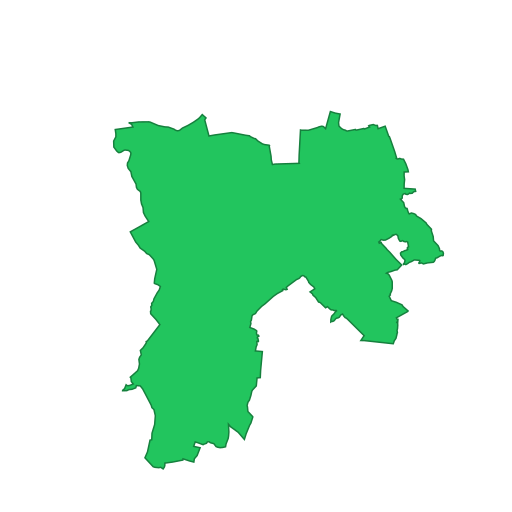 the district of Benesat, Salaj, Romania, rotated 249°
{"feature_id": "2599482B99143451479109", "entity_name": "Benesat", "entity_type": "district", "adm_level": 2, "iso_a3": "ROU", "parent_name": "Romania", "parent_adm1": "Salaj", "projection": "mercator", "projection_center": [23.261, 47.406], "detail": "fine", "context": "isolated", "style": "filled", "palette": "green", "viewbox_px": 512, "rotation_deg": 249, "n_neighbors": 0, "source": "geoboundaries", "source_scale": "gbopen_adm2", "svg_char_len": 6107}
<svg xmlns="http://www.w3.org/2000/svg" viewBox="0 0 512 512"><g transform="rotate(249 256 256)"><path d="M150.2,378.3L156.1,375.2L158.1,374.8L162.5,370.4L165.8,366.3L170.7,365.9L171.5,367.5L172.2,367.4L174.8,370.1L176.9,371.6L183.0,373.9L184.5,374.1L190.4,373.5L192.0,372.9L193.2,371.6L193.5,373.6L193.1,376.2L193.0,380.7L192.5,382.9L195.4,388.8L202.4,385.6L211.6,382.2L215.1,380.6L216.4,380.3L222.6,377.7L223.8,377.7L224.0,377.6L223.7,376.6L223.7,375.7L225.1,375.6L225.3,376.6L226.5,378.7L226.1,379.4L225.2,380.4L224.5,382.5L224.9,386.4L225.5,389.2L225.8,390.1L226.5,390.7L226.5,391.6L226.1,391.6L226.2,394.0L226.0,394.7L224.1,395.7L221.3,395.2L218.4,395.6L217.8,396.4L217.8,398.4L216.5,399.3L215.6,400.8L215.6,401.7L214.7,402.6L210.2,401.8L209.9,401.7L209.9,401.1L209.4,400.2L207.8,400.0L208.0,399.5L207.4,399.0L207.7,396.8L207.4,394.7L207.7,393.6L206.9,391.9L205.0,391.5L201.3,392.5L199.5,393.5L198.4,393.5L196.4,392.1L195.7,390.8L195.2,390.8L195.3,391.9L194.4,392.6L194.3,393.0L194.6,395.0L195.1,396.7L195.1,399.0L195.6,402.4L193.4,407.0L193.1,407.3L192.2,406.8L191.1,405.5L190.8,405.5L190.7,406.1L190.4,406.2L190.4,407.8L188.6,409.5L188.1,413.7L186.6,419.2L187.0,420.4L187.9,421.5L189.6,422.9L189.4,424.3L190.0,427.7L189.9,430.0L189.4,430.3L189.4,430.9L191.3,431.9L192.8,432.0L193.6,431.7L194.3,430.9L194.5,429.9L195.3,429.4L197.1,429.9L200.4,429.7L206.5,427.2L210.7,428.4L216.6,428.7L218.1,429.4L224.4,426.8L225.8,426.7L231.5,423.6L235.8,420.2L237.5,419.9L239.0,418.5L240.5,416.4L240.3,414.2L240.7,413.9L243.6,413.8L245.9,414.1L246.5,413.9L246.7,413.1L247.6,412.6L249.0,412.4L252.9,413.0L257.3,411.2L257.3,412.5L257.7,413.3L259.6,414.0L260.8,415.2L261.0,415.9L260.9,417.6L260.1,417.9L259.2,419.2L259.2,420.3L259.7,421.8L259.2,422.2L258.6,424.3L259.5,426.3L259.1,428.2L261.4,428.6L266.1,418.5L270.3,420.2L274.0,422.1L277.8,423.0L281.3,424.4L280.0,428.4L282.3,428.8L288.5,428.9L293.5,428.4L294.4,426.5L295.6,425.2L295.7,423.2L296.2,422.4L297.0,421.9L297.2,422.4L303.8,422.9L317.0,423.3L319.6,423.3L320.0,422.8L330.9,423.1L331.1,415.6L334.4,416.1L335.1,414.3L336.7,412.6L337.3,408.5L337.2,407.9L335.7,408.3L335.7,402.7L336.4,402.4L337.6,394.5L338.5,394.2L339.9,386.1L340.6,385.0L341.2,384.8L342.7,382.8L344.3,381.5L347.3,380.1L348.0,380.1L351.0,380.9L358.4,385.4L361.0,381.2L364.2,377.2L349.9,366.6L352.6,365.4L353.6,364.0L354.0,361.2L353.9,359.5L354.6,350.0L357.1,343.6L357.7,342.7L334.9,332.5L327.7,329.5L327.0,329.6L335.0,306.7L335.5,304.1L340.2,304.7L343.8,305.8L353.7,307.7L354.3,308.2L354.7,308.0L356.9,304.0L358.4,302.1L362.8,298.9L365.7,297.6L366.2,296.6L369.7,293.3L370.5,293.1L372.5,289.5L378.6,279.8L379.9,277.6L383.9,260.4L384.9,255.1L401.5,256.9L402.8,258.8L407.3,256.5L405.3,252.8L404.6,250.8L403.3,245.5L402.3,239.4L401.8,233.2L400.7,229.7L400.8,228.5L401.0,227.6L402.2,226.0L403.8,224.9L407.8,220.3L409.2,217.2L412.8,211.5L419.0,205.1L419.7,203.9L423.2,194.5L425.0,187.3L426.1,184.9L423.4,187.1L420.5,187.3L424.5,169.9L420.4,169.0L417.5,167.9L414.3,164.3L408.6,162.3L403.9,163.6L401.8,164.7L401.4,165.9L401.3,167.0L402.0,170.7L401.9,171.7L400.3,174.7L399.1,175.6L397.7,176.1L396.4,175.9L395.1,175.1L390.4,171.4L388.9,169.4L386.7,168.3L383.6,168.1L379.5,169.4L374.8,168.6L366.1,169.8L363.0,169.0L360.8,169.2L357.7,171.1L356.0,171.0L349.4,168.5L345.6,167.8L341.7,167.9L336.9,166.5L333.1,166.8L326.6,168.2L323.6,147.3L312.2,148.7L308.1,150.1L304.9,150.7L300.3,153.8L297.5,154.8L295.4,156.9L290.1,159.0L288.4,159.3L279.1,158.6L271.1,153.3L267.1,151.3L266.4,151.7L264.3,154.2L261.8,155.8L258.9,153.4L257.1,150.7L252.6,145.4L250.4,143.9L249.2,141.6L247.3,141.1L246.2,139.5L244.4,139.2L242.7,138.5L242.2,137.7L239.8,137.0L232.5,139.9L226.4,141.7L215.6,124.1L215.5,122.8L214.2,122.5L210.8,117.7L209.3,114.2L204.8,113.5L203.2,111.1L201.4,109.6L196.9,108.5L193.2,106.2L191.3,104.3L187.9,95.2L186.9,95.5L183.4,94.6L180.5,95.6L180.4,92.0L180.8,89.9L181.5,89.0L182.3,88.6L179.3,85.8L178.4,83.4L178.0,83.2L176.6,87.1L176.8,89.5L176.0,92.4L176.0,96.5L177.9,97.9L176.2,101.4L172.4,102.6L154.4,104.7L151.7,104.5L149.3,105.7L143.0,104.8L135.0,101.0L127.8,95.4L121.8,92.8L122.1,91.1L112.0,84.5L107.4,80.0L96.1,84.5L94.9,86.0L93.2,89.4L92.9,91.3L90.5,93.0L91.8,94.8L92.9,95.7L95.3,96.7L93.5,104.4L91.7,114.6L92.8,115.2L88.4,120.6L85.9,124.1L88.8,125.8L90.8,129.5L97.0,135.1L100.6,129.6L104.2,132.6L102.6,134.7L98.8,139.0L99.0,139.9L98.9,142.7L99.8,143.8L99.8,144.5L99.3,145.8L98.1,146.4L95.9,149.4L92.4,150.4L91.2,151.7L89.9,153.8L89.2,156.3L88.8,159.2L91.3,160.7L95.6,164.6L97.8,165.9L101.4,167.6L108.8,170.0L105.8,171.0L97.8,176.2L88.9,179.4L93.6,183.1L100.4,189.5L101.8,191.3L106.8,195.3L107.2,195.4L113.7,192.7L118.3,194.0L119.4,194.0L122.3,196.0L123.8,198.2L127.7,201.3L131.2,203.6L132.1,204.6L134.6,209.7L141.8,213.3L140.9,216.4L147.5,219.3L164.5,227.7L167.6,221.4L171.2,223.6L172.8,225.2L175.9,226.1L176.0,226.6L175.3,227.4L175.6,227.8L178.3,228.2L178.9,227.8L179.6,228.1L180.0,228.6L180.0,229.8L180.2,230.0L181.3,229.8L181.9,228.6L182.3,228.5L184.2,228.9L185.1,229.6L186.0,229.8L188.4,228.1L191.5,224.6L194.7,227.0L196.7,227.4L197.8,228.7L201.5,230.8L202.2,231.8L202.5,234.9L204.2,237.1L207.0,243.3L208.2,247.5L212.1,257.7L213.3,262.4L214.1,268.6L215.0,268.5L215.4,269.5L213.8,271.8L213.7,273.1L215.8,273.0L216.6,275.1L219.5,285.4L219.6,287.9L219.9,288.9L220.9,290.6L221.1,292.4L220.9,292.8L220.5,293.5L218.8,294.3L218.5,295.0L213.9,295.9L212.4,295.8L209.8,296.8L206.4,298.9L204.3,299.1L203.1,293.6L200.6,295.1L198.9,295.2L195.9,296.8L190.6,297.9L189.5,299.3L182.7,302.4L183.1,304.6L180.4,305.8L178.8,306.8L178.1,308.4L177.2,309.2L176.3,311.5L175.9,311.5L175.4,310.1L174.1,308.2L172.9,305.4L172.2,304.7L170.0,303.2L167.6,302.2L167.8,303.2L167.4,304.2L167.6,305.8L168.9,308.0L169.1,309.3L168.8,310.1L169.0,311.8L170.6,314.1L170.8,316.0L168.3,316.5L166.4,317.2L165.6,318.1L164.0,318.9L142.9,328.4L139.5,323.6L138.2,326.8L124.9,352.7L127.3,354.7L128.9,357.1L132.3,359.5L132.8,359.5L133.6,360.5L136.2,361.1L137.3,362.0L140.5,363.5L142.6,364.2L143.5,363.6L144.3,364.6L143.8,364.8L145.9,365.8L146.1,365.1L148.0,364.9L149.8,377.7L150.2,378.3Z" fill="#22c55e" stroke="#15803d" stroke-width="1.5"/></g></svg>